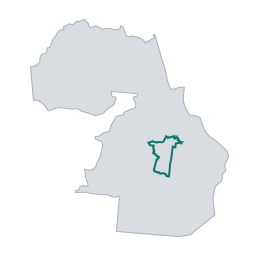 Mumbwa, Central, Zambia (highlighted), rotated 275°
{"feature_id": "96606910B37920738728221", "entity_name": "Mumbwa", "entity_type": "district", "adm_level": 2, "iso_a3": "ZMB", "parent_name": "Zambia", "parent_adm1": "Central", "projection": "natural_earth1", "projection_center": [26.865, -14.958], "detail": "fine", "context": "in_parent", "style": "outline", "palette": "teal", "viewbox_px": 256, "rotation_deg": 275, "n_neighbors": 0, "source": "geoboundaries", "source_scale": "gbopen_adm2", "svg_char_len": 7092}
<svg xmlns="http://www.w3.org/2000/svg" viewBox="0 0 256 256"><g transform="rotate(275 128 128)"><path d="M173.5,180.5L161.6,180.5L157.3,181.6L153.8,183.2L149.6,185.8L147.1,187.6L146.5,188.6L146.1,190.9L146.1,194.3L145.7,196.7L144.4,199.0L138.0,201.7L133.8,203.9L129.7,206.6L126.6,210.0L124.5,214.2L121.0,219.4L113.6,228.7L109.3,230.4L105.8,230.0L101.4,228.1L98.0,227.7L95.5,228.9L93.1,228.5L91.0,226.6L89.2,225.9L87.7,226.4L85.9,226.3L82.5,225.2L79.5,221.9L77.9,220.6L76.7,220.0L73.1,219.5L65.0,218.7L56.6,220.4L49.3,222.1L41.7,214.7L34.4,206.8L32.9,204.9L30.1,202.2L28.1,201.0L27.4,200.3L25.4,193.4L24.3,187.0L23.9,125.5L57.1,125.5L59.2,125.2L59.3,124.6L57.7,121.3L57.8,120.1L58.2,117.9L59.7,113.5L59.8,112.0L59.1,107.1L59.1,104.4L59.5,99.0L59.3,97.1L60.0,94.7L60.3,93.0L60.6,92.3L60.2,90.5L59.5,84.0L59.1,81.2L61.1,81.6L61.8,83.0L62.2,84.4L63.1,84.5L65.4,85.4L66.3,86.6L66.8,89.2L66.5,90.5L65.7,91.6L66.5,92.6L68.1,93.2L69.0,93.0L71.7,91.2L74.1,90.6L75.4,90.1L80.9,88.9L82.0,88.3L82.7,88.3L83.3,88.8L82.8,90.7L82.6,92.3L83.3,95.4L83.8,96.8L85.0,97.9L85.8,98.4L86.7,99.6L88.6,99.4L92.8,100.9L94.1,101.7L95.9,102.4L97.1,102.7L101.5,103.2L106.1,104.1L108.4,104.2L110.1,104.0L111.3,103.5L112.0,103.0L112.3,102.6L114.1,96.7L114.9,96.2L116.1,95.9L116.7,96.5L117.5,100.2L120.8,103.5L121.9,106.3L122.7,108.7L123.5,109.4L124.7,110.2L126.7,110.5L128.5,110.6L137.4,114.7L138.4,115.4L139.5,117.6L140.1,120.1L140.8,122.1L142.0,122.4L143.0,122.6L144.0,123.9L144.8,125.1L147.4,129.9L147.8,131.9L149.1,133.1L150.8,133.7L152.4,133.8L153.3,133.2L155.6,132.2L157.4,131.0L158.7,130.6L159.4,130.9L160.0,131.7L160.4,134.1L161.7,134.9L162.6,134.6L163.0,133.6L163.0,133.2L163.0,107.9L162.2,108.1L161.2,108.8L158.8,108.9L157.9,109.4L157.6,110.2L157.8,111.3L157.8,112.7L157.5,113.4L156.5,113.6L155.0,113.1L152.3,112.4L150.0,111.9L148.4,110.0L146.2,107.2L144.8,105.7L141.3,102.8L140.7,102.2L139.7,100.8L138.8,98.4L137.9,95.7L137.4,93.9L138.3,91.3L140.3,82.5L140.8,79.8L142.5,77.0L142.6,74.5L141.9,71.4L142.1,69.6L142.4,59.6L141.9,56.4L140.8,52.9L138.3,48.1L138.3,47.0L142.1,43.8L143.3,42.6L145.3,40.1L146.7,37.9L147.5,36.1L147.8,33.8L147.2,31.7L148.5,31.2L180.3,25.6L180.8,27.1L181.7,29.6L182.8,31.4L184.2,33.0L185.3,34.0L186.1,34.3L191.0,34.2L192.8,35.2L194.3,36.4L194.7,38.3L195.7,39.5L196.8,40.4L197.2,40.6L198.0,40.3L199.3,40.3L200.6,40.7L201.1,41.1L201.2,42.7L201.6,43.5L203.2,43.7L204.9,43.9L206.5,44.9L208.3,45.1L210.3,45.6L211.3,46.8L213.4,48.0L216.1,49.0L219.0,50.8L219.1,51.4L219.5,52.4L220.1,53.1L220.1,54.3L220.3,55.3L221.1,55.5L221.7,55.6L222.3,54.9L223.0,54.9L223.9,55.3L224.2,56.5L224.9,58.1L225.9,59.2L226.6,60.3L226.4,62.2L225.9,63.9L227.4,65.6L229.3,67.3L229.8,68.0L229.9,70.4L230.2,71.2L231.5,73.3L232.1,74.6L232.1,75.4L228.6,79.4L226.4,80.0L225.5,80.8L224.9,81.7L226.3,85.7L227.0,87.2L226.4,89.1L225.0,92.3L224.4,92.6L224.2,95.0L224.6,95.9L225.3,96.6L225.6,98.3L225.5,102.4L224.6,107.0L226.2,111.1L226.7,111.5L228.9,111.6L229.2,111.9L228.7,113.1L227.2,114.9L224.4,116.2L220.4,117.8L219.6,119.3L219.1,121.4L219.5,122.7L220.0,123.4L219.8,125.3L219.5,127.2L219.6,128.8L219.4,130.1L218.9,130.8L218.2,132.9L217.3,135.0L216.6,135.9L215.6,136.9L214.1,137.7L214.1,138.2L215.9,139.1L216.3,139.8L216.5,140.2L215.7,141.3L216.5,141.9L217.5,142.5L218.5,143.9L219.5,146.5L220.0,146.8L220.6,146.5L221.7,145.4L222.5,145.0L223.5,146.5L206.9,153.0L203.0,154.3L197.2,156.6L195.3,157.4L193.8,158.3L178.4,163.3L176.0,164.3L170.6,166.9L170.4,167.3L170.5,168.5L170.9,170.9L171.9,173.1L172.7,174.4L173.2,177.6L173.5,180.5Z" fill="#d9dde1" stroke="#a8b0b8" stroke-width="1"/><path d="M116.0,158.2L116.6,154.0L116.9,153.9L116.9,153.6L117.0,153.4L116.7,152.9L116.5,152.7L116.4,152.6L116.2,152.3L116.2,152.0L116.2,151.8L116.1,151.7L115.9,151.3L115.7,151.2L115.6,150.9L115.5,150.7L115.4,150.5L115.3,150.4L115.3,150.2L115.2,150.1L115.1,149.9L115.1,149.7L112.7,151.4L112.7,155.1L112.2,155.0L111.8,155.1L111.7,155.1L111.3,155.0L111.1,155.0L110.9,154.9L110.7,154.9L110.7,155.0L110.4,155.1L110.2,155.0L109.9,155.0L109.7,155.2L109.6,155.3L109.3,155.3L109.2,155.4L108.9,155.6L108.7,155.8L108.4,155.7L108.2,155.7L108.0,155.9L107.9,156.0L107.7,155.9L107.7,155.7L107.4,155.6L107.2,155.5L106.9,155.7L106.7,155.6L106.7,155.8L106.5,156.1L106.3,156.1L106.2,156.1L106.2,155.9L105.8,155.7L105.8,155.8L105.7,155.8L105.4,155.9L105.3,156.0L105.1,156.3L104.9,156.2L104.9,156.3L104.8,156.5L104.7,156.7L104.6,156.9L104.6,157.0L104.6,157.4L104.4,157.6L104.2,157.6L104.0,157.8L103.8,157.8L103.6,157.9L103.5,158.0L103.3,158.0L103.2,158.3L103.0,158.5L103.0,158.8L102.9,158.8L102.8,159.0L102.7,159.1L102.7,159.4L102.6,159.6L102.4,159.7L102.2,159.8L102.1,160.0L102.1,160.3L102.2,160.5L102.3,160.7L102.3,160.8L102.2,161.0L101.9,161.2L101.7,161.1L101.5,161.5L101.4,161.5L101.1,161.4L101.0,161.2L101.0,160.9L100.7,160.7L100.4,160.6L100.1,160.5L99.9,160.4L99.7,160.2L99.4,160.1L99.2,160.1L98.9,160.0L98.8,159.9L98.7,159.8L98.7,159.7L98.8,159.4L98.9,159.2L90.6,157.8L88.3,157.4L88.2,157.5L88.0,157.8L87.9,158.1L87.8,158.3L87.7,158.4L87.4,158.3L87.4,158.5L87.2,158.7L87.3,158.8L87.3,159.0L87.1,159.2L87.0,159.3L86.9,159.4L86.9,159.5L86.6,160.2L86.4,160.4L86.2,160.7L86.2,160.8L86.4,161.1L86.6,161.4L86.6,161.5L86.5,161.9L86.5,162.3L86.5,162.5L86.4,162.6L86.4,162.8L86.2,162.8L86.0,163.1L85.8,163.1L85.7,163.3L85.7,163.5L85.7,163.8L85.7,164.0L85.4,164.4L85.4,164.7L85.4,164.8L85.4,165.0L85.5,165.3L85.8,165.8L85.9,166.0L86.0,166.1L86.0,166.3L86.0,166.6L85.9,166.8L86.0,167.1L86.0,167.4L86.0,167.9L85.7,168.2L85.7,168.3L85.5,168.6L85.4,168.6L85.2,168.8L85.3,169.1L85.3,169.7L85.3,169.8L85.2,170.0L84.7,170.0L84.0,170.4L83.9,170.4L83.8,170.5L83.6,170.6L83.5,170.8L83.4,170.9L83.4,171.1L83.4,171.3L83.6,171.5L83.7,172.0L83.6,172.5L83.4,172.9L83.4,173.0L83.6,173.0L86.6,173.1L88.6,173.1L91.1,173.1L95.6,173.1L101.7,173.8L102.4,173.8L108.7,174.0L110.1,174.0L112.2,174.3L113.4,174.2L112.8,176.8L116.7,176.9L118.1,182.1L118.2,182.3L118.3,182.3L118.2,182.3L118.3,182.4L118.2,182.5L118.3,182.5L118.6,182.8L118.6,182.7L118.6,182.4L118.6,180.7L118.8,180.4L119.1,180.6L119.2,180.4L119.2,180.2L119.3,180.1L119.5,179.8L119.7,180.0L119.8,180.0L119.9,179.9L120.0,179.8L119.9,179.6L120.0,179.4L120.3,179.2L120.2,179.0L120.2,178.9L120.3,178.6L120.5,178.6L120.5,179.0L120.8,179.1L121.0,179.0L121.0,179.3L121.3,179.0L121.4,178.9L121.3,178.7L121.5,178.7L121.8,178.7L121.8,178.4L122.0,178.4L122.1,178.2L122.4,178.2L122.3,177.8L122.2,177.7L122.3,177.6L122.5,177.6L122.5,177.4L122.7,177.0L122.8,177.0L123.0,177.0L121.5,175.7L121.5,175.1L121.8,175.0L122.0,175.1L122.9,175.1L123.1,175.1L123.3,175.1L123.7,175.0L123.8,175.0L123.8,174.5L123.7,174.4L123.7,174.2L123.6,173.9L123.5,173.7L123.3,173.5L123.2,173.2L123.1,172.8L123.1,172.5L123.0,172.4L122.9,172.2L122.5,171.3L122.4,171.1L122.3,170.9L122.2,170.6L122.3,170.4L122.2,170.3L122.2,169.8L122.2,169.7L122.3,169.8L122.3,169.7L122.3,169.4L122.3,169.2L122.2,169.1L122.3,169.1L122.3,168.9L122.2,168.8L122.2,168.7L122.0,168.4L121.9,168.3L121.9,168.2L123.1,166.8L122.9,166.7L122.7,166.7L120.9,165.9L120.6,165.8L120.5,165.7L117.7,164.6L117.2,164.1L116.8,163.0L116.6,158.8L116.0,158.2Z" fill="none" stroke="#0f766e" stroke-width="2"/></g></svg>